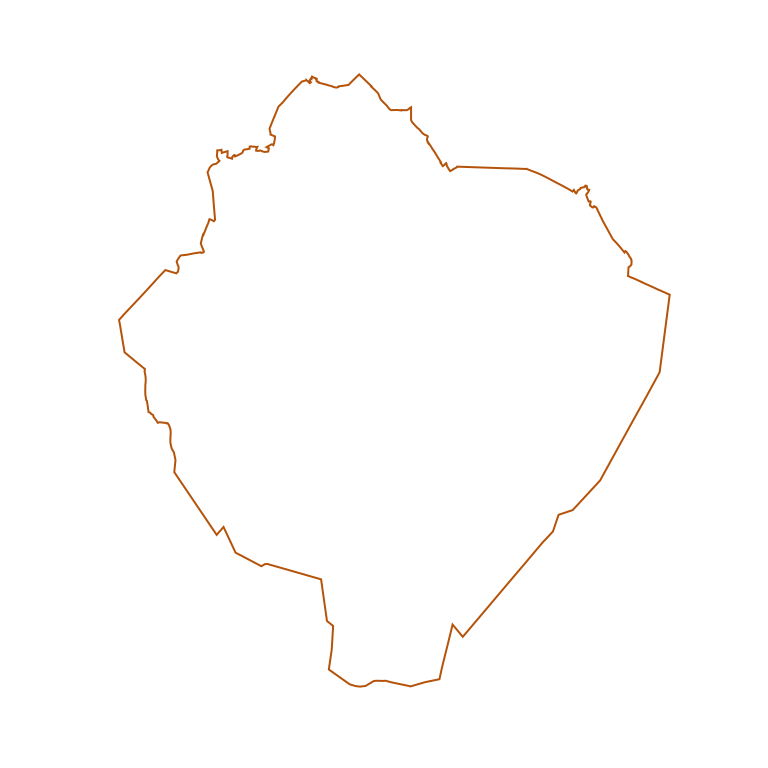 Winterswijk, Gelderland, Netherlands, rotated 98°
{"feature_id": "6326949B79169073187594", "entity_name": "Winterswijk", "entity_type": "district", "adm_level": 2, "iso_a3": "NLD", "parent_name": "Netherlands", "parent_adm1": "Gelderland", "projection": "robinson", "projection_center": [6.688, 51.968], "detail": "fine", "context": "isolated", "style": "outline", "palette": "amber", "viewbox_px": 768, "rotation_deg": 98, "n_neighbors": 0, "source": "geoboundaries", "source_scale": "gbopen_adm2", "svg_char_len": 5895}
<svg xmlns="http://www.w3.org/2000/svg" viewBox="0 0 768 768"><g transform="rotate(98 384 384)"><path d="M198.9,588.2L216.9,580.4L230.7,577.4L244.6,574.2L245.0,574.2L245.2,574.4L246.1,574.9L246.5,575.1L246.2,575.8L245.9,576.3L245.8,577.1L245.1,579.1L245.1,579.8L246.6,580.1L248.7,580.3L251.7,581.2L256.4,582.3L257.8,582.7L258.4,582.7L258.9,583.0L259.1,583.1L259.4,583.2L260.0,583.4L260.5,583.3L260.9,583.6L261.0,584.0L261.3,584.1L261.5,584.0L261.7,583.6L262.0,583.6L262.2,584.0L262.6,584.1L262.9,584.3L270.4,585.0L278.1,580.7L279.1,581.5L279.6,583.4L279.1,583.8L280.9,589.8L283.6,597.7L285.0,603.3L288.3,605.1L291.5,606.4L293.1,605.7L295.7,604.4L296.3,603.8L298.1,603.5L298.8,603.6L300.1,603.5L301.3,603.7L301.9,603.9L302.4,604.5L303.3,605.0L302.8,608.7L301.6,616.4L304.1,618.2L308.4,621.3L317.2,627.3L320.7,629.7L326.2,633.5L333.7,638.7L335.0,639.7L344.8,646.6L351.0,651.0L357.4,655.3L363.7,653.2L382.5,647.3L385.8,646.2L388.6,645.4L388.9,645.1L396.7,632.4L402.5,622.8L404.5,622.9L406.5,622.3L409.0,621.4L410.7,621.0L412.6,620.6L415.2,620.3L418.2,620.2L424.4,619.4L427.6,618.9L433.1,617.2L433.6,616.5L436.4,615.6L444.6,613.2L445.0,611.5L446.0,610.4L446.9,608.3L448.7,607.6L452.0,604.2L453.9,602.6L453.1,601.0L453.0,595.5L452.8,595.1L453.3,593.9L452.8,592.9L454.6,591.2L458.5,589.2L461.4,588.5L469.1,587.8L472.0,587.3L475.5,586.1L477.9,585.0L481.0,582.5L488.4,579.9L500.5,579.4L556.7,528.7L547.9,523.0L571.7,507.5L577.5,491.2L581.5,480.1L579.0,476.9L578.4,474.8L586.2,419.1L626.6,407.5L630.7,400.7L654.3,398.8L674.4,398.9L686.0,376.5L686.4,374.8L687.1,369.9L687.0,365.6L685.6,360.3L679.5,352.6L678.9,350.1L678.2,343.8L677.7,341.5L677.6,341.2L678.0,338.2L678.4,335.0L679.5,318.2L679.8,315.7L673.7,302.2L668.6,288.0L656.5,287.1L624.0,283.7L612.7,282.6L623.4,270.8L556.3,228.5L539.9,218.1L518.7,204.8L506.6,196.2L489.2,192.9L482.6,179.6L449.5,156.6L389.2,133.7L360.1,122.5L334.0,112.7L255.8,113.5L253.4,121.9L253.3,122.2L253.1,122.6L252.9,123.9L251.0,130.1L247.3,142.9L247.2,142.8L246.9,143.8L244.8,150.9L244.8,151.1L244.3,153.2L243.2,157.0L243.1,157.4L234.4,158.1L233.1,156.7L231.3,155.6L230.8,155.6L229.8,155.8L228.6,155.8L228.3,156.0L227.1,156.1L226.6,156.3L226.0,156.7L225.7,156.7L223.8,158.6L223.3,159.0L223.0,159.1L222.6,159.5L221.1,160.5L220.9,160.7L220.5,161.4L220.3,161.6L219.3,162.3L218.8,163.5L219.0,163.7L220.3,164.2L214.6,170.3L211.2,174.4L208.9,177.4L203.6,181.4L192.1,190.0L181.3,197.2L181.2,197.1L180.9,197.3L179.5,198.5L178.7,200.7L179.2,200.9L179.7,200.9L179.9,201.1L180.2,202.2L180.1,202.4L179.4,203.3L178.6,204.7L178.3,205.0L178.2,205.1L177.3,204.9L176.5,204.8L174.8,204.7L174.5,204.8L174.3,205.2L174.4,205.4L174.8,205.8L174.9,206.1L174.9,206.5L174.7,206.8L173.6,207.4L170.4,209.2L168.5,210.1L168.3,210.1L167.5,209.8L165.9,208.6L163.6,207.9L163.1,207.8L163.0,208.2L163.3,209.0L162.7,209.9L161.3,210.3L161.0,210.4L160.5,210.5L159.9,210.6L159.5,211.5L159.5,212.2L159.6,212.3L161.1,212.7L161.4,213.6L161.4,214.0L161.5,214.4L161.7,214.7L162.0,215.0L162.5,216.6L164.0,217.1L164.7,218.3L165.2,218.8L165.6,219.1L166.3,219.3L168.3,220.0L168.5,220.1L168.5,220.4L168.2,220.8L167.5,221.2L167.5,221.5L165.4,223.0L167.2,224.1L165.4,228.2L163.6,232.9L163.0,234.5L162.3,236.5L162.2,236.8L161.4,239.1L158.9,246.0L155.3,256.2L154.3,259.5L153.6,262.2L152.0,269.3L151.1,272.9L151.3,273.0L152.3,283.5L153.5,293.8L156.3,320.1L156.6,323.0L158.6,341.8L159.0,341.8L159.9,342.9L161.2,344.8L161.3,344.7L161.5,344.9L164.0,348.1L162.1,349.9L160.9,350.7L160.7,351.0L159.1,352.1L158.5,352.4L157.3,352.7L156.9,352.9L156.6,353.2L159.9,355.8L160.1,356.1L156.9,358.9L156.5,358.5L152.6,361.8L149.8,364.1L148.0,365.5L145.0,368.2L145.0,368.3L140.2,372.3L139.9,372.6L140.1,373.0L138.6,374.3L138.3,374.0L136.6,375.4L136.4,375.4L135.5,375.5L132.7,375.1L132.4,375.4L131.9,376.4L131.9,376.7L131.9,377.1L131.8,377.6L131.2,379.1L130.5,380.4L130.1,381.0L126.8,384.7L126.3,385.4L125.8,386.5L122.0,391.2L120.9,392.5L120.6,392.7L119.7,393.4L118.8,393.9L118.3,394.0L106.2,395.7L107.1,396.8L108.3,397.8L108.9,398.4L109.3,399.0L109.6,399.5L109.8,400.3L110.1,402.5L110.2,403.5L110.2,404.8L110.7,404.9L110.8,409.5L111.2,411.2L111.4,413.1L111.8,414.7L111.8,415.3L111.0,416.9L107.5,420.5L105.8,422.9L103.2,426.3L102.5,427.0L101.8,427.4L97.5,429.9L97.0,430.3L96.8,430.4L94.4,433.6L91.2,438.2L90.8,437.9L80.9,451.7L87.7,457.0L92.8,460.8L95.3,469.3L95.5,470.3L96.2,471.0L96.3,471.0L96.5,470.9L97.0,472.1L97.1,472.5L97.1,472.9L97.1,473.9L96.6,476.8L96.4,477.0L96.2,477.8L96.2,478.8L95.9,481.0L95.6,482.5L94.7,490.8L93.9,490.9L93.7,492.8L91.1,493.1L91.0,493.3L91.6,493.8L90.7,494.5L90.6,495.6L89.6,498.0L91.9,498.2L91.5,498.8L94.0,499.9L95.4,498.4L96.4,499.5L96.2,499.7L93.8,503.1L94.0,503.1L96.0,507.5L101.6,511.6L104.6,513.8L106.5,515.1L110.1,517.6L115.5,521.2L115.9,521.4L119.6,523.7L124.0,527.1L133.5,529.5L134.1,529.7L134.5,529.7L134.5,529.8L147.0,532.9L152.3,531.0L152.8,531.1L154.0,526.4L157.0,526.2L159.0,526.3L160.5,526.4L162.9,526.8L162.4,527.8L162.2,528.3L162.3,528.5L162.4,528.8L165.8,533.3L166.6,530.8L169.9,531.0L170.0,531.1L170.1,531.4L170.2,532.0L170.8,534.3L170.8,534.6L170.6,536.4L169.9,539.3L170.3,539.8L170.5,540.2L170.7,541.1L170.7,543.1L169.1,543.1L166.8,542.4L167.1,543.8L167.0,545.6L167.3,547.0L167.3,547.5L167.1,548.8L167.5,549.4L167.7,549.7L167.7,550.0L169.8,549.9L170.0,550.8L170.7,552.6L171.0,554.0L171.3,554.7L171.5,555.0L171.8,555.5L172.6,555.9L174.7,556.5L174.9,556.7L175.7,557.6L177.6,560.3L179.4,563.1L178.0,563.8L178.1,564.2L179.9,565.8L181.5,565.7L182.1,565.8L181.7,567.6L181.6,568.5L181.4,570.7L181.4,570.9L181.7,571.0L180.9,571.0L180.2,570.8L179.5,570.8L178.2,570.9L175.2,571.3L176.4,574.0L177.7,576.8L176.0,577.3L174.7,577.5L175.0,578.5L175.3,579.1L175.7,580.9L175.9,581.7L177.7,581.4L181.7,581.2L183.2,580.4L185.0,579.2L185.9,578.0L186.8,578.6L189.4,581.0L190.2,583.3L190.7,584.2L191.2,584.7L193.1,586.2L194.0,586.7L197.5,587.7L198.9,588.2Z" fill="none" stroke="#b45309" stroke-width="2"/></g></svg>